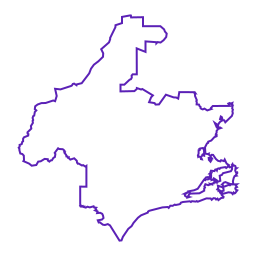 outline of Dunedin City, Otago, New Zealand
{"feature_id": "76426892B14381320629181", "entity_name": "Dunedin City", "entity_type": "district", "adm_level": 2, "iso_a3": "NZL", "parent_name": "New Zealand", "parent_adm1": "Otago", "projection": "natural_earth1", "projection_center": [170.467, -45.641], "detail": "fine", "context": "isolated", "style": "outline", "palette": "violet", "viewbox_px": 256, "rotation_deg": 0, "n_neighbors": 0, "source": "geoboundaries", "source_scale": "gbopen_adm2", "svg_char_len": 5912}
<svg xmlns="http://www.w3.org/2000/svg" viewBox="0 0 256 256"><path d="M143.0,26.2L143.0,17.2L131.1,17.4L130.9,15.5L130.2,15.4L122.0,16.9L122.0,23.1L115.5,25.2L115.4,27.2L110.1,38.0L110.2,39.1L109.0,42.4L101.2,49.2L103.2,53.3L103.0,56.8L98.5,61.2L93.9,64.7L91.0,68.7L89.2,73.4L81.7,83.2L76.7,84.4L76.5,85.2L74.1,83.6L72.8,84.0L71.9,85.5L71.0,86.0L60.5,89.4L55.1,88.8L56.7,96.0L55.1,101.2L53.2,100.5L45.6,103.0L41.4,103.1L37.6,104.5L35.2,106.3L34.8,109.1L36.3,110.4L34.8,112.0L34.2,115.6L33.2,116.1L32.6,117.9L33.2,120.0L32.6,120.8L32.9,122.9L30.9,126.0L31.3,128.6L27.5,132.3L27.6,133.6L28.4,134.1L28.2,135.6L24.0,137.3L23.1,138.7L23.1,141.3L22.3,141.8L21.7,144.1L19.6,144.9L19.7,146.6L18.7,147.7L19.5,149.0L19.3,149.8L20.3,153.5L22.3,154.0L23.8,155.6L24.0,160.1L23.4,161.1L29.1,163.6L31.7,165.7L36.3,165.0L38.2,161.6L40.7,161.3L44.6,158.9L47.8,159.2L47.9,160.6L49.4,161.6L50.5,160.5L51.9,160.3L53.4,157.9L54.9,157.0L55.4,154.0L54.7,152.9L58.1,148.3L59.1,149.0L62.7,149.2L63.8,150.0L64.6,151.0L64.2,151.7L65.0,152.1L64.6,153.0L66.1,154.8L66.4,156.4L67.4,156.4L67.8,157.6L68.7,157.4L68.6,157.9L70.3,159.6L74.2,158.3L76.8,160.8L77.0,162.6L77.8,163.7L78.5,163.5L82.0,165.5L83.1,165.1L85.4,166.6L86.4,165.9L86.4,186.7L80.2,186.6L80.2,204.3L80.7,205.2L80.1,205.7L80.5,206.4L82.2,206.1L82.0,206.6L84.2,206.6L84.0,207.1L85.8,207.6L87.4,206.7L89.8,207.4L93.6,206.3L94.1,207.4L96.0,207.7L95.4,208.3L96.3,209.8L95.2,210.4L97.6,211.5L97.1,213.1L100.2,212.8L102.2,213.8L103.0,215.5L103.5,218.0L101.9,219.6L97.8,220.3L98.7,222.5L99.8,222.3L102.9,224.7L104.9,225.0L107.8,224.1L110.0,225.4L119.5,240.6L121.5,240.4L122.9,236.8L128.3,228.8L131.6,226.1L133.5,222.9L138.0,217.7L141.1,215.3L147.8,212.6L148.0,211.6L149.2,210.8L162.4,207.4L167.7,207.0L168.7,207.9L170.3,205.7L172.7,205.8L174.8,204.6L175.7,205.0L179.2,204.3L180.3,203.9L180.8,202.7L182.9,202.0L189.8,201.3L190.9,202.0L191.9,201.2L195.9,201.6L197.4,200.7L197.1,201.2L197.8,201.7L206.4,198.4L210.7,198.5L211.7,199.8L213.4,198.2L215.3,198.4L216.1,199.5L217.5,198.6L218.4,200.1L221.2,198.0L223.3,197.7L223.6,196.9L221.7,195.0L221.8,193.3L220.7,193.4L219.9,192.3L219.4,191.1L219.8,190.5L219.1,190.1L218.5,190.5L218.5,189.7L217.3,189.4L218.3,187.9L217.9,185.7L222.6,187.3L223.5,188.7L223.6,190.7L220.7,191.4L222.3,192.9L222.3,194.0L228.5,192.3L231.4,192.7L232.7,194.1L233.6,192.5L234.5,193.4L235.2,193.1L237.3,190.3L235.8,189.7L235.3,188.5L235.6,187.6L237.0,187.0L235.6,185.2L236.8,184.3L230.7,184.5L230.0,185.3L228.4,185.0L224.4,186.6L222.9,186.0L222.7,184.6L222.1,184.4L223.7,182.7L225.4,182.1L230.5,184.1L233.3,184.0L232.9,181.3L233.7,178.0L234.6,176.1L236.5,175.7L235.8,175.1L237.3,173.0L237.2,172.4L236.1,172.7L235.2,170.7L235.5,168.4L236.3,168.5L236.7,168.2L235.9,168.1L235.3,166.0L232.7,164.8L232.5,164.1L231.9,164.9L232.5,166.3L231.3,167.0L232.1,168.0L232.0,169.4L230.9,171.2L223.0,173.2L221.9,174.9L219.7,175.7L220.3,180.8L217.2,182.0L216.4,181.3L216.9,180.4L213.9,178.4L213.5,179.6L215.8,182.5L214.2,182.2L213.6,182.7L213.7,183.4L211.7,183.8L211.9,184.4L209.8,183.8L210.1,184.5L208.2,185.2L205.4,184.2L204.4,186.5L205.0,187.6L204.2,188.4L204.2,190.7L199.4,193.3L190.1,193.6L189.0,194.2L189.2,194.6L187.2,197.3L185.0,195.8L184.8,194.5L185.7,193.8L184.6,193.7L187.9,192.1L187.4,192.0L189.2,191.9L188.7,191.3L194.0,190.3L197.7,188.8L204.0,179.7L205.3,180.2L206.0,179.4L205.0,178.7L206.0,177.4L207.8,177.1L208.5,177.6L208.1,179.3L208.8,179.2L209.9,177.8L209.8,177.0L211.1,177.0L211.1,175.5L210.0,175.7L210.9,174.0L210.2,174.4L210.0,174.0L210.5,174.0L209.7,173.8L211.0,172.8L210.4,172.1L211.0,170.7L214.5,171.1L215.2,169.6L216.1,169.4L216.9,170.5L217.3,169.0L218.3,168.4L219.6,168.9L220.3,167.9L225.3,167.1L226.2,168.0L228.1,166.5L229.7,167.1L230.3,168.1L230.1,167.1L228.1,165.9L228.9,165.1L226.6,163.6L224.7,159.5L223.9,161.1L221.1,160.2L220.4,161.4L218.0,160.8L215.9,159.0L213.1,154.9L211.7,154.8L210.6,155.8L210.7,156.8L212.0,158.5L211.1,158.7L211.6,159.9L210.5,161.7L209.0,160.0L209.6,159.1L208.8,158.9L208.7,157.9L211.2,157.7L210.5,156.9L210.6,156.0L208.5,154.3L208.7,153.7L207.6,154.1L204.4,153.4L203.6,153.9L204.2,154.0L204.2,155.7L202.7,155.2L200.6,157.2L199.0,156.4L198.2,156.9L197.9,155.4L198.6,153.7L198.6,150.3L199.7,150.1L200.0,149.1L199.6,148.8L200.0,148.5L203.0,148.0L204.0,150.1L204.1,152.8L205.3,152.0L205.0,147.3L207.0,143.4L208.1,142.9L208.2,141.7L211.3,140.5L214.3,137.2L216.2,136.4L215.7,135.9L216.7,135.0L215.8,134.2L216.6,132.7L216.6,130.9L218.2,128.9L220.9,128.0L219.9,127.4L217.7,128.4L216.6,127.1L214.8,122.9L217.3,124.7L217.2,126.3L218.5,127.9L217.9,125.8L218.7,123.5L220.3,121.6L222.6,120.3L222.3,119.2L220.1,119.1L220.8,116.5L221.5,116.9L221.3,117.8L222.8,117.6L221.3,118.5L222.0,118.7L222.9,120.2L224.2,120.3L225.3,122.3L231.9,115.9L232.8,113.2L232.4,111.3L232.9,109.6L232.2,108.5L232.5,106.4L232.0,105.2L232.6,105.0L232.0,104.1L232.3,103.0L231.1,103.5L231.3,104.1L229.7,103.0L228.3,103.6L229.8,105.9L212.8,106.0L210.9,108.0L210.7,108.5L211.4,109.0L207.3,110.4L204.4,108.6L202.8,109.4L201.4,108.9L200.5,108.1L200.6,107.0L199.6,106.2L199.0,104.6L196.6,104.4L196.8,102.2L196.3,101.1L196.8,100.1L195.1,96.2L194.9,94.5L195.3,93.8L194.4,93.0L195.4,93.2L194.7,92.2L179.3,92.1L178.2,98.6L176.2,97.5L173.7,97.4L165.9,94.7L159.0,104.4L156.8,104.5L155.5,104.5L154.6,103.1L149.1,102.2L151.1,97.3L152.9,95.4L142.3,89.0L141.1,89.5L136.9,88.1L136.9,88.9L134.4,91.1L120.5,91.4L120.5,84.7L124.3,84.7L129.6,79.7L130.9,79.2L131.8,77.6L131.6,75.6L132.7,74.3L136.8,74.3L136.7,48.4L145.5,51.9L145.5,41.4L156.4,42.2L156.4,43.3L157.6,42.1L160.6,42.5L163.6,40.2L166.2,37.0L166.7,33.6L164.9,31.5L164.1,29.4L160.4,26.2L143.0,26.2ZM200.4,157.2L201.6,158.5L201.9,159.3L201.0,159.1L200.9,158.1L200.4,158.5L200.2,158.6L200.7,158.1L200.4,157.2ZM187.6,197.5L187.9,196.6L189.3,197.0L187.6,197.5ZM213.0,179.7L211.0,179.1L212.0,179.5L211.8,180.0L213.0,179.7ZM210.4,177.9L210.2,178.4L210.5,178.8L210.7,178.7L210.4,177.9Z" fill="none" stroke="#5b21b6" stroke-width="2"/></svg>